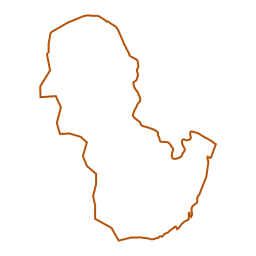 the border of Anosy
{"feature_id": "MDG-5865", "entity_name": "Anosy", "entity_type": "Autonomous Province", "adm_level": 1, "iso_a3": "MDG", "parent_name": "Madagascar", "parent_adm1": "", "projection": "mercator", "projection_center": [46.606, -23.936], "detail": "fine", "context": "isolated", "style": "outline", "palette": "amber", "viewbox_px": 256, "rotation_deg": 0, "n_neighbors": 0, "source": "natural_earth", "source_scale": "10m", "svg_char_len": 2842}
<svg xmlns="http://www.w3.org/2000/svg" viewBox="0 0 256 256"><path d="M215.8,144.3L211.1,157.3L210.5,157.9L209.5,157.6L207.7,156.7L207.3,157.3L208.4,162.2L206.3,176.6L199.5,194.1L197.4,197.3L197.2,198.7L197.3,201.4L196.7,202.9L192.5,206.1L191.4,208.9L192.1,214.6L191.1,216.9L190.3,215.9L189.7,214.7L189.5,213.4L189.5,211.9L188.8,213.2L188.7,214.5L188.9,215.9L188.9,217.5L188.6,219.2L188.0,220.0L185.6,220.9L184.2,221.8L181.9,223.9L178.0,228.7L177.2,229.2L176.9,228.8L176.1,226.8L175.1,226.6L174.9,226.7L174.8,227.0L170.0,230.5L168.3,232.2L167.4,232.8L165.0,233.7L164.1,234.3L162.9,235.9L162.1,236.6L161.4,236.6L160.6,236.3L159.8,236.3L159.0,237.2L158.2,237.8L152.6,239.3L151.3,239.3L148.6,238.5L140.3,237.4L130.8,237.6L118.7,240.6L111.5,227.9L95.1,218.8L95.1,205.3L93.1,196.3L96.1,184.0L96.1,173.9L86.9,166.0L82.9,155.9L86.9,142.5L80.8,136.9L69.6,133.5L60.0,134.0L56.8,122.9L60.9,107.3L55.8,96.1L40.5,97.2L40.2,86.5L50.1,70.3L47.0,54.5L47.5,53.5L48.7,51.7L48.6,44.3L50.4,33.6L51.6,31.9L67.6,22.7L83.2,16.3L87.1,15.4L88.3,15.4L93.5,15.9L97.0,15.8L99.0,16.3L105.0,20.1L106.8,21.8L108.2,21.5L110.0,23.0L115.8,26.7L116.3,27.3L117.9,29.6L122.5,40.0L122.8,40.9L123.5,42.3L123.7,42.8L123.9,43.8L124.1,44.3L124.2,44.5L125.7,46.8L125.9,47.4L126.0,47.9L126.7,49.3L127.6,50.7L129.0,53.5L129.2,54.0L129.5,55.2L129.8,55.7L130.3,56.2L136.1,59.3L136.9,59.8L137.5,60.6L137.8,61.9L138.3,66.1L138.3,66.9L138.0,67.7L137.2,69.2L136.9,70.1L136.9,71.1L137.2,71.9L137.5,72.8L138.0,74.6L138.0,75.5L137.8,76.4L137.4,77.2L137.1,78.0L136.7,79.6L136.3,80.3L135.6,80.9L134.1,81.8L133.5,82.4L133.3,83.1L133.5,84.0L133.9,85.2L134.2,87.0L134.6,88.0L136.2,90.3L137.3,91.6L137.9,92.6L139.2,95.8L139.9,97.4L140.2,98.5L140.3,99.4L140.2,100.1L140.1,100.9L139.9,101.3L139.5,101.9L138.9,102.4L137.8,103.7L137.4,104.5L136.3,107.1L134.5,110.3L133.2,113.8L133.0,114.7L132.9,115.4L133.3,116.4L134.0,117.5L137.1,120.0L138.8,121.2L139.5,121.7L140.0,122.4L140.8,124.1L141.2,124.9L141.9,125.5L142.6,125.9L143.5,126.3L148.1,127.5L154.2,129.7L157.2,131.7L157.7,132.2L158.0,132.8L158.1,133.1L157.9,134.8L158.1,135.6L159.0,137.0L159.3,137.9L159.9,140.8L160.6,141.5L162.0,141.9L166.6,142.0L168.1,142.5L169.0,143.1L169.6,143.8L170.2,144.4L172.6,148.1L173.0,148.9L173.1,149.9L172.9,150.8L172.2,152.6L171.9,154.4L171.8,156.0L172.0,156.9L172.3,157.8L172.9,158.5L173.8,158.9L175.3,158.9L176.4,158.7L178.8,157.9L180.2,157.2L180.8,156.8L181.4,156.1L181.8,155.4L182.5,153.7L183.0,152.9L184.1,151.5L184.6,150.8L184.8,149.9L184.7,149.0L184.4,148.1L183.1,145.8L182.4,144.1L182.1,143.1L182.0,142.1L182.0,141.1L182.2,140.2L182.8,139.6L183.6,139.3L186.0,140.1L187.1,140.3L189.4,139.7L190.1,139.2L190.6,138.6L190.8,137.9L190.8,137.2L190.2,134.5L190.3,132.2L190.8,131.6L192.0,131.5L197.8,133.1L199.0,133.7L201.1,135.2L211.5,141.0L215.6,144.3L215.8,144.3Z" fill="none" stroke="#b45309" stroke-width="2"/></svg>